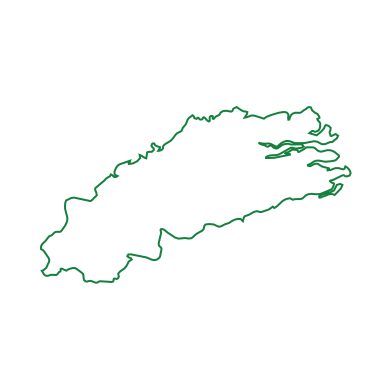 Khulna, Robinson projection, rotated 262°
{"feature_id": "BGD-2432", "entity_name": "Khulna", "entity_type": "Division", "adm_level": 1, "iso_a3": "BGD", "parent_name": "Bangladesh", "parent_adm1": "", "projection": "robinson", "projection_center": [89.364, 22.917], "detail": "fine", "context": "isolated", "style": "outline", "palette": "green", "viewbox_px": 384, "rotation_deg": 262, "n_neighbors": 0, "source": "natural_earth", "source_scale": "10m", "svg_char_len": 6091}
<svg xmlns="http://www.w3.org/2000/svg" viewBox="0 0 384 384"><g transform="rotate(262 192 192)"><path d="M170.3,290.7L172.2,288.1L172.0,285.1L171.4,282.6L170.5,280.5L165.8,273.8L164.7,271.2L166.3,270.0L164.5,266.7L163.9,265.2L162.6,258.5L162.6,257.3L162.9,256.0L163.8,254.3L164.0,253.3L163.6,250.4L161.6,245.4L160.6,240.8L159.3,239.7L156.0,238.3L158.4,236.5L159.0,233.6L158.6,230.3L157.5,227.0L156.2,224.4L155.4,220.0L154.1,216.4L153.8,214.1L154.6,212.4L156.9,208.9L157.8,204.8L158.0,202.3L157.8,200.6L156.5,199.4L153.5,198.3L152.3,196.7L150.0,190.8L148.8,188.8L146.8,186.0L146.3,184.6L146.4,182.2L147.4,178.6L147.7,172.1L149.2,169.0L155.1,162.3L158.0,159.7L158.9,158.5L159.5,157.2L159.5,156.1L158.9,155.6L155.9,155.7L154.9,155.4L146.5,152.1L144.6,151.7L143.2,152.0L141.5,153.4L140.7,153.8L139.5,153.8L132.4,151.3L131.0,149.9L129.9,147.5L129.8,144.8L130.8,142.4L133.5,137.9L138.7,123.0L139.0,120.3L137.5,119.0L136.1,120.2L134.8,122.3L133.5,122.9L131.9,119.5L130.7,118.9L127.6,116.6L125.7,114.4L123.2,109.6L121.6,107.7L120.7,107.5L118.6,107.8L117.5,107.3L116.5,106.1L116.4,105.2L116.8,104.3L117.0,102.7L116.4,102.2L115.3,102.0L114.3,101.4L114.1,100.0L116.4,88.6L116.3,87.5L115.5,85.6L115.5,84.4L116.1,83.0L117.6,80.4L118.2,78.9L118.2,77.8L117.9,75.5L118.2,74.3L119.9,72.8L122.1,72.7L124.3,72.9L126.4,72.5L127.8,71.2L131.9,67.0L133.0,65.5L133.3,63.3L133.0,60.6L132.4,58.2L131.6,56.7L133.0,54.3L134.2,52.5L134.2,51.3L131.6,50.7L131.2,49.1L129.2,47.2L128.7,45.8L129.5,42.0L129.6,40.5L129.1,38.0L129.1,36.8L129.7,35.2L130.8,34.1L134.9,32.3L135.0,33.2L135.4,34.2L137.1,37.0L137.8,37.6L140.4,39.1L142.8,40.8L145.0,41.2L146.9,40.7L153.9,37.2L155.4,36.1L156.4,34.6L157.6,34.6L159.6,35.2L161.4,36.6L163.9,40.1L167.9,44.2L168.8,47.3L171.0,50.2L171.4,51.4L171.4,52.7L170.9,55.5L171.2,56.6L172.3,57.9L176.4,61.7L178.8,63.3L181.1,64.5L184.0,65.0L193.0,64.0L195.9,64.3L198.6,64.9L201.1,66.1L202.7,71.0L202.9,72.1L202.8,74.6L197.2,90.1L197.5,91.2L202.0,97.3L205.1,97.1L206.9,96.5L208.3,96.4L209.4,97.0L215.8,107.2L217.2,108.8L217.9,110.1L219.0,113.0L220.1,113.6L220.7,114.1L219.7,115.4L217.6,117.1L217.5,118.9L218.2,120.5L220.0,117.8L223.1,118.1L226.4,120.1L228.6,122.2L229.6,124.7L231.6,135.1L230.2,134.4L229.4,133.3L228.6,133.3L228.5,137.3L230.1,142.0L232.8,145.4L236.0,145.3L234.8,147.3L232.7,149.5L231.7,151.4L237.5,153.1L237.8,155.2L237.4,157.8L239.0,160.1L240.4,160.2L242.2,158.7L243.5,158.3L245.0,159.0L245.6,160.2L245.3,161.3L243.9,161.8L243.2,162.3L241.6,164.8L240.8,166.6L239.7,166.2L237.5,164.3L237.4,165.7L237.9,167.8L238.4,168.5L239.3,169.4L241.2,169.8L242.0,170.3L243.1,172.0L245.7,178.0L247.5,180.3L251.0,183.7L252.4,185.7L253.5,189.2L253.9,190.1L256.8,191.8L259.9,195.3L264.3,197.8L265.9,199.5L267.9,203.2L266.4,204.5L265.0,204.5L264.7,204.8L263.8,206.7L264.7,207.8L264.7,208.2L264.5,208.7L262.9,209.7L262.5,210.6L262.6,212.2L262.9,212.6L263.9,213.2L264.4,213.8L264.3,214.3L263.8,214.9L260.5,217.2L259.5,218.5L259.6,219.1L260.2,219.5L263.0,219.8L263.9,220.1L264.5,221.0L264.6,221.9L264.4,222.8L264.1,223.1L263.6,223.1L262.6,222.7L262.0,222.7L261.4,223.2L261.4,223.7L263.3,225.9L264.6,229.8L266.3,231.1L266.9,231.8L267.3,232.6L267.8,234.5L267.7,237.3L266.4,241.1L266.2,242.2L266.4,242.8L266.7,243.3L268.5,244.3L269.0,245.2L269.9,248.0L266.4,251.9L264.9,253.9L264.3,255.9L263.5,257.9L261.6,257.3L258.3,254.5L258.5,257.1L259.5,261.4L259.1,264.1L254.6,273.4L256.0,276.1L257.1,280.5L258.4,289.0L258.5,293.4L258.2,295.5L257.3,297.1L255.5,298.2L253.9,298.0L252.2,297.5L250.2,297.5L250.2,298.4L252.5,299.5L254.4,300.8L255.7,302.8L256.1,305.7L255.4,309.2L255.5,310.5L255.9,311.6L257.4,314.1L258.3,316.5L259.3,317.9L259.9,319.5L259.2,321.5L256.0,322.4L253.2,325.0L252.0,327.0L249.0,328.5L247.8,328.6L247.4,328.0L246.8,326.2L245.4,326.6L243.8,327.8L242.4,328.5L240.6,328.3L238.6,327.9L236.7,327.1L235.4,325.9L234.6,323.6L234.5,322.2L235.7,320.0L235.4,318.8L233.9,316.4L230.8,323.3L232.1,325.6L234.2,328.8L236.6,331.6L238.8,332.8L239.7,334.0L238.5,336.5L236.2,338.3L233.5,337.5L232.2,336.6L231.0,336.6L228.3,337.1L228.0,337.8L229.4,342.3L227.4,344.5L225.1,343.0L222.0,337.9L222.2,335.7L220.9,330.5L221.2,327.6L222.1,326.0L224.1,323.5L224.9,321.5L225.3,319.5L224.8,310.4L225.7,303.1L226.2,300.5L228.8,295.6L229.4,292.8L229.0,290.1L228.1,287.5L226.8,285.2L225.3,283.3L225.2,281.6L228.5,276.9L229.4,274.8L229.5,272.1L229.9,269.5L230.6,267.1L231.6,264.9L230.4,265.8L229.4,267.4L227.9,270.9L226.7,272.2L226.3,273.3L227.3,276.2L226.6,277.3L224.5,279.0L223.3,281.3L223.4,282.9L225.7,287.2L226.2,288.8L226.5,290.0L226.5,292.8L226.3,294.3L225.2,296.7L224.1,306.0L223.5,307.8L221.5,308.9L220.6,307.0L220.5,301.4L220.8,300.1L221.9,297.5L222.0,295.8L217.1,283.4L216.8,280.8L217.3,275.2L217.2,272.7L216.1,270.0L215.3,270.0L214.4,278.3L215.3,294.1L216.1,294.1L216.2,292.4L216.7,290.8L217.3,289.8L217.6,290.2L218.1,292.8L218.7,294.3L219.9,296.9L219.8,298.7L218.9,301.8L218.4,302.4L217.1,302.7L216.8,303.1L216.9,304.0L217.6,305.3L218.0,306.7L219.3,309.8L220.1,310.9L220.3,311.7L219.3,318.4L218.2,319.9L215.3,322.5L214.1,324.7L214.0,326.5L214.6,331.6L214.2,334.4L213.2,336.8L211.7,338.8L207.8,342.5L206.6,342.6L203.8,339.2L203.2,337.3L203.1,334.1L203.4,328.5L204.0,326.2L205.4,322.3L205.7,319.4L205.2,316.9L203.2,312.6L202.7,310.5L201.9,310.5L201.2,312.4L201.5,314.0L202.2,315.6L202.7,317.3L202.7,319.3L202.3,320.5L199.4,324.0L198.7,325.2L196.4,330.9L195.8,331.0L195.2,329.3L194.5,329.3L194.6,332.5L195.7,337.4L195.2,340.5L193.4,344.8L193.7,346.2L196.0,347.4L194.7,349.0L192.9,350.4L190.7,351.4L188.6,351.7L186.5,350.4L185.9,348.1L186.3,345.8L187.4,344.8L187.6,343.5L184.3,333.2L184.1,330.7L183.6,330.1L182.6,330.8L181.6,332.1L181.1,333.2L180.5,333.8L179.0,333.3L176.7,332.0L175.5,330.9L175.1,330.1L172.4,319.9L172.2,317.8L172.4,315.2L173.6,309.9L173.6,307.0L172.9,304.4L170.4,300.8L169.9,298.8L170.6,293.1L170.3,290.7ZM173.8,332.9L178.8,336.3L179.4,339.7L178.1,341.9L174.8,340.0L169.3,333.0L169.3,332.5L170.0,331.7L170.7,329.3L170.6,326.9L169.5,322.7L169.3,320.8L168.6,318.6L168.7,317.4L169.9,317.3L170.4,317.7L171.0,319.0L171.5,320.8L172.5,329.2L173.8,332.9Z" fill="none" stroke="#15803d" stroke-width="2"/></g></svg>